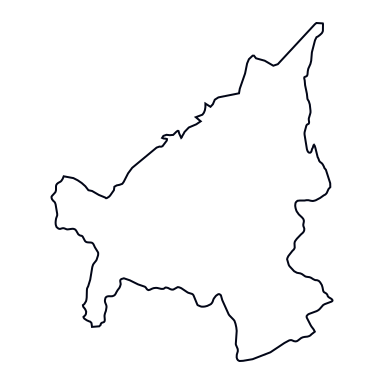 the border of Loei
{"feature_id": "THA-445", "entity_name": "Loei", "entity_type": "Province", "adm_level": 1, "iso_a3": "THA", "parent_name": "Thailand", "parent_adm1": "", "projection": "mercator", "projection_center": [101.577, 17.486], "detail": "fine", "context": "isolated", "style": "outline", "palette": "ink", "viewbox_px": 384, "rotation_deg": 0, "n_neighbors": 0, "source": "natural_earth", "source_scale": "10m", "svg_char_len": 5970}
<svg xmlns="http://www.w3.org/2000/svg" viewBox="0 0 384 384"><path d="M63.7,176.3L73.4,178.1L77.7,180.3L81.7,183.0L85.3,186.2L88.4,190.2L92.1,191.0L98.8,194.9L105.1,197.5L106.0,198.2L106.8,198.1L108.9,196.8L110.1,195.6L113.9,190.2L114.4,186.7L116.7,185.4L119.6,184.8L122.3,183.8L123.7,181.9L128.1,173.3L132.2,167.8L156.6,147.6L159.4,146.6L161.1,146.7L162.5,146.2L166.4,141.1L166.8,140.5L167.0,139.1L165.8,138.7L163.5,138.5L162.1,137.9L163.4,135.9L166.5,134.8L169.8,135.2L173.2,134.9L176.1,132.0L177.1,131.2L177.9,130.8L178.5,131.0L179.2,133.5L181.2,137.9L181.7,137.4L182.5,135.6L183.6,133.8L184.5,132.0L188.8,127.5L196.3,124.3L200.7,121.3L195.8,117.2L202.4,114.7L203.9,112.7L204.9,110.2L205.4,107.1L205.4,103.6L210.5,106.8L212.9,104.2L214.8,99.7L218.4,97.4L239.0,93.3L239.8,88.7L245.1,73.4L247.1,63.5L248.9,59.2L252.6,55.7L254.0,55.7L256.0,58.3L264.7,60.7L273.3,65.7L277.8,64.2L314.8,24.3L316.4,23.0L322.8,23.4L323.0,24.0L322.9,30.9L322.5,32.0L321.8,33.2L319.9,35.0L317.9,36.5L316.5,37.2L315.0,40.3L311.9,52.3L311.2,60.7L310.9,62.0L310.4,64.0L308.3,68.7L307.8,71.1L307.5,74.4L307.1,75.7L306.2,76.4L305.3,76.7L304.4,77.2L304.2,78.0L304.3,78.7L304.7,80.5L305.1,85.2L306.9,93.8L307.4,98.5L307.6,99.3L308.8,101.3L309.8,104.5L310.5,110.8L310.5,112.4L310.3,113.4L308.8,118.5L308.8,120.0L309.1,122.0L309.0,123.0L308.6,123.8L307.2,124.5L306.7,125.0L306.3,125.8L304.6,132.2L304.5,133.7L304.6,134.9L306.9,149.1L307.4,150.7L308.2,152.0L308.8,152.5L309.4,152.7L310.2,152.7L310.9,152.2L311.3,151.6L311.6,150.8L311.8,149.9L312.0,149.1L312.8,147.7L313.5,145.3L314.0,144.8L314.7,145.8L315.4,148.0L317.7,157.3L318.1,157.9L318.8,159.6L319.1,160.7L320.2,162.1L321.5,163.0L322.0,163.5L322.5,164.1L322.9,164.7L323.9,166.6L324.4,168.0L325.9,169.8L330.2,183.2L330.3,187.1L328.5,189.1L326.7,193.1L325.4,194.5L323.7,195.4L320.2,197.9L315.7,200.3L314.3,200.7L312.9,201.0L311.0,200.8L308.4,200.2L306.5,200.2L304.7,200.5L300.0,200.5L297.5,200.8L296.3,201.8L295.6,202.8L295.4,203.7L295.3,204.6L295.2,205.5L295.3,206.5L295.6,208.2L296.1,209.9L296.7,211.4L298.4,213.8L298.7,214.3L302.1,217.5L303.1,218.7L303.5,219.4L303.7,220.1L303.9,220.9L303.8,221.9L303.3,224.4L303.3,225.3L303.4,226.1L304.0,227.7L304.3,228.7L304.2,230.3L303.9,231.2L303.4,232.1L302.7,232.9L300.9,234.5L296.9,238.7L295.7,240.3L294.9,241.5L294.7,242.3L294.5,243.2L294.7,247.7L294.3,248.7L293.8,249.5L293.3,250.0L292.3,251.0L288.4,256.0L287.5,257.8L287.1,259.2L288.7,264.8L289.5,266.2L294.1,271.2L296.8,272.7L297.6,272.9L300.4,273.4L302.0,274.1L305.1,276.3L305.8,276.6L306.7,276.8L309.6,277.2L311.1,277.8L313.1,279.1L314.5,279.8L315.3,280.1L317.0,280.2L318.6,280.8L319.2,281.3L320.2,282.4L321.8,285.0L322.5,287.3L323.2,290.8L323.6,291.7L324.1,292.2L326.1,293.4L326.7,293.9L327.1,294.5L327.5,295.2L327.7,296.0L328.2,296.7L328.7,297.2L330.8,298.5L331.6,299.0L332.4,300.0L332.5,300.7L332.1,301.2L331.5,301.6L324.6,304.2L323.1,305.1L319.8,308.9L318.7,309.9L318.1,310.3L316.7,311.1L309.1,313.9L308.3,314.3L307.5,315.0L306.7,316.0L306.6,316.9L306.8,317.7L310.7,325.3L311.5,326.6L313.4,329.1L313.8,329.7L314.8,331.7L311.1,334.6L310.5,335.3L309.1,336.1L307.5,336.6L304.7,336.9L302.8,337.3L301.2,338.0L298.1,340.4L297.0,341.1L295.8,341.4L294.1,341.2L291.7,340.2L291.0,340.1L290.1,340.2L289.2,340.4L284.4,343.0L270.4,352.3L252.6,359.2L243.1,360.8L239.6,361.0L238.8,360.7L238.0,360.2L237.3,359.3L237.0,358.5L236.7,357.6L236.7,356.6L236.8,354.7L237.8,351.3L237.8,350.3L237.7,349.0L235.9,344.7L235.8,343.8L236.7,330.9L236.3,327.4L235.5,323.8L234.5,320.9L233.6,319.7L229.5,315.5L228.7,314.4L222.3,300.2L220.9,295.3L219.8,294.4L219.0,294.1L218.1,294.3L216.9,295.1L216.2,295.6L215.7,296.1L213.8,298.6L213.2,300.0L212.7,301.6L212.3,302.3L211.9,303.0L210.9,304.1L210.2,304.5L207.3,305.9L206.5,306.1L205.0,306.5L203.1,306.7L201.9,306.7L200.6,306.4L197.8,305.2L197.4,304.8L193.5,295.3L192.8,294.4L192.0,293.9L188.7,292.9L187.7,292.5L181.3,288.2L179.4,287.4L177.9,287.1L177.2,287.4L173.8,289.3L173.0,289.6L171.9,289.6L170.4,289.2L168.1,288.0L166.7,287.6L165.6,287.5L165.0,287.8L164.4,288.3L163.7,288.7L163.0,288.9L161.3,288.9L157.5,288.0L156.6,287.9L155.6,287.9L153.8,288.1L152.3,288.6L149.8,289.8L148.5,290.1L147.5,289.7L146.7,288.9L145.7,287.4L144.8,286.7L138.1,284.4L129.8,280.3L123.9,278.3L121.5,279.0L120.9,279.4L120.4,280.0L120.2,280.8L120.3,281.7L120.6,283.4L120.7,284.2L120.2,286.0L119.6,287.5L119.2,288.1L117.6,290.2L116.2,292.6L115.9,293.3L115.1,294.6L114.6,295.1L113.9,295.6L112.4,296.2L110.4,296.3L109.1,296.2L108.0,296.3L107.1,296.5L106.4,296.9L105.8,297.4L105.4,298.1L105.0,299.9L104.9,300.8L105.0,301.7L105.2,302.5L106.3,305.3L106.5,306.4L106.5,307.3L105.9,310.8L105.0,313.3L104.6,315.0L104.5,316.0L104.8,319.8L104.7,320.6L104.5,321.4L104.0,322.0L103.3,322.3L101.8,322.8L101.2,323.3L100.8,323.9L100.7,324.8L99.9,325.6L99.3,326.3L92.0,326.9L91.5,323.1L90.3,321.7L89.5,321.5L86.8,320.3L84.4,318.7L83.6,317.6L83.5,316.8L84.1,316.3L84.7,315.8L85.4,315.0L85.9,314.0L86.2,311.8L85.7,310.3L84.9,308.8L83.4,307.0L83.0,305.9L82.9,305.3L82.9,305.1L83.9,304.4L84.4,303.9L86.0,301.3L86.4,299.8L86.7,297.5L86.9,290.0L87.1,288.4L88.2,286.2L90.2,279.7L92.3,267.0L93.1,264.6L93.9,263.4L96.3,260.4L96.8,259.2L98.1,255.2L98.2,253.7L98.1,252.6L97.8,252.0L94.9,247.3L93.8,244.9L93.3,244.0L92.7,243.3L92.0,242.8L91.3,242.6L90.3,242.5L88.3,242.4L87.4,242.3L86.5,242.1L85.8,241.7L85.2,241.2L84.8,240.6L83.0,237.2L82.6,236.5L82.0,236.0L81.2,235.7L80.4,235.6L79.4,235.1L78.3,234.3L76.2,230.7L75.4,229.7L74.8,229.3L74.0,229.0L73.2,228.8L72.2,228.8L68.5,229.3L67.6,229.4L66.7,229.3L65.9,229.0L64.4,228.4L63.6,228.2L62.7,228.2L61.1,228.6L60.4,228.9L59.4,228.9L58.3,228.5L56.6,227.1L56.0,225.6L55.7,224.3L55.6,222.3L55.8,220.3L56.1,218.5L57.2,215.4L57.2,213.9L55.6,204.4L55.0,202.7L54.3,201.7L53.3,200.9L52.0,199.2L51.6,198.0L51.5,196.9L51.8,196.2L52.3,195.6L55.3,192.3L55.7,191.3L56.0,190.1L56.0,186.3L56.2,185.2L56.6,184.5L57.0,183.9L58.2,182.9L60.2,181.8L60.8,181.4L61.4,180.8L61.8,180.2L62.7,178.8L63.7,176.3Z" fill="none" stroke="#020617" stroke-width="2"/></svg>